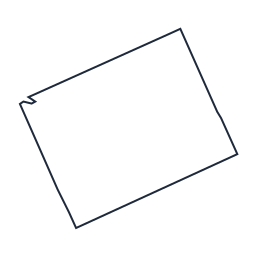 Henry, Missouri, United States of America (Robinson projection), rotated 154°
{"feature_id": "52423323B86043249608215", "entity_name": "Henry", "entity_type": "district", "adm_level": 2, "iso_a3": "USA", "parent_name": "United States of America", "parent_adm1": "Missouri", "projection": "robinson", "projection_center": [-93.766, 38.384], "detail": "fine", "context": "isolated", "style": "outline", "palette": "slate", "viewbox_px": 256, "rotation_deg": 154, "n_neighbors": 0, "source": "geoboundaries", "source_scale": "gbopen_adm2", "svg_char_len": 347}
<svg xmlns="http://www.w3.org/2000/svg" viewBox="0 0 256 256"><g transform="rotate(154 128 128)"><path d="M40.7,103.5L40.1,120.7L37.5,194.2L45.6,194.4L203.9,199.4L199.8,192.4L203.9,192.2L210.4,197.6L214.6,197.0L216.3,152.3L218.2,103.6L218.0,78.0L218.5,60.9L41.2,56.6L40.0,96.1L40.7,103.5Z" fill="none" stroke="#1e293b" stroke-width="2"/></g></svg>